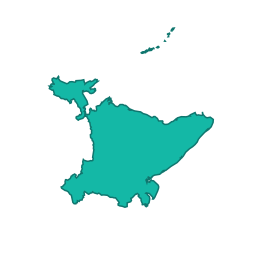 India, Albers equal-area conic projection, rotated 243°
{"feature_id": "IND", "entity_name": "India", "entity_type": "country or territory", "adm_level": 0, "iso_a3": "IND", "parent_name": "Asia", "parent_adm1": "", "projection": "albers", "projection_center": [83.514, 21.122], "detail": "fine", "context": "isolated", "style": "filled", "palette": "teal", "viewbox_px": 256, "rotation_deg": 243, "n_neighbors": 0, "source": "natural_earth", "source_scale": "50m", "svg_char_len": 5846}
<svg xmlns="http://www.w3.org/2000/svg" viewBox="0 0 256 256"><g transform="rotate(243 128 128)"><path d="M49.6,108.5L50.8,108.0L52.7,108.1L52.9,106.3L53.2,106.0L53.4,106.4L57.4,106.7L58.7,107.4L59.8,107.4L60.3,106.8L62.5,106.2L62.8,106.2L62.9,107.1L63.6,107.4L65.5,106.5L65.2,105.5L65.6,104.8L63.9,100.1L64.0,98.6L61.9,98.2L61.1,96.9L61.7,93.3L58.4,91.6L58.8,89.3L60.9,87.3L62.4,85.2L63.8,84.2L65.0,84.8L65.2,85.9L65.7,86.3L71.5,85.2L72.0,83.9L73.1,82.9L74.4,80.6L77.4,79.1L79.4,76.0L80.3,73.8L82.6,72.9L83.3,72.2L83.2,70.9L85.6,68.3L87.2,67.5L86.6,66.5L87.1,64.9L86.8,63.4L87.0,62.7L91.1,60.6L90.7,59.6L87.9,58.7L87.9,57.1L86.3,57.0L86.1,55.6L84.7,54.4L85.5,52.5L84.7,51.2L86.2,49.9L84.5,49.0L84.9,48.1L84.1,47.2L85.0,45.6L86.7,45.1L93.8,47.0L95.5,46.1L98.3,45.8L100.4,44.4L100.7,43.7L104.5,41.5L105.8,41.7L105.6,43.0L107.0,46.9L108.7,47.5L110.2,48.8L110.2,49.3L108.9,50.5L109.2,53.6L110.9,55.6L110.7,56.3L111.2,57.0L111.2,59.6L109.6,60.4L108.5,59.0L106.9,59.4L107.4,61.2L108.6,62.8L108.3,64.1L108.9,64.9L108.5,65.8L108.5,66.7L109.7,66.7L109.9,66.1L110.4,66.2L112.4,68.7L113.9,68.9L115.7,70.1L115.9,71.4L118.5,72.4L120.2,73.9L119.3,74.1L116.9,76.5L116.1,78.3L116.0,79.7L115.2,80.9L115.1,81.9L116.9,83.3L117.8,83.1L124.4,87.9L125.1,87.7L127.6,89.2L128.8,89.1L129.1,90.1L132.0,91.0L132.9,90.4L134.9,91.0L136.3,90.3L139.1,91.4L139.5,93.0L141.8,94.1L142.5,94.7L144.2,94.2L144.9,94.5L145.4,95.6L146.6,95.3L150.3,96.5L152.0,95.8L152.4,96.5L153.5,96.9L154.1,96.5L156.5,96.4L157.2,96.7L158.1,94.6L157.1,92.1L157.8,88.3L157.5,87.4L157.8,87.1L160.0,86.2L161.3,86.7L161.5,87.5L161.1,89.6L161.9,90.9L161.1,91.7L161.7,93.0L163.3,93.9L164.3,93.6L166.6,94.4L168.6,94.0L169.7,93.2L171.8,93.8L174.8,93.5L175.5,93.0L176.8,93.4L178.5,93.0L178.9,92.6L178.4,91.5L178.8,90.3L178.3,89.3L177.0,89.5L176.2,88.8L176.3,87.5L178.1,87.6L178.8,87.1L181.1,86.6L181.8,85.9L181.6,85.4L181.8,84.9L183.5,83.7L184.6,81.8L187.2,81.0L188.3,80.1L188.5,79.5L191.5,77.2L192.3,78.0L195.6,78.6L196.2,77.5L198.8,75.8L200.0,77.0L200.6,76.9L199.5,78.0L199.6,79.0L201.1,78.1L202.0,79.7L200.6,82.0L201.2,82.2L202.3,81.6L203.3,82.1L204.8,81.9L206.2,82.7L206.4,84.4L204.2,86.7L205.6,89.5L204.8,89.5L203.5,88.4L200.7,89.0L195.3,93.5L195.0,95.0L195.6,96.9L194.8,99.0L192.9,101.5L192.8,102.1L193.8,103.1L191.8,107.7L191.1,110.5L188.6,109.8L187.6,110.1L186.7,109.6L187.3,111.9L187.2,115.3L186.9,115.9L186.2,116.0L185.8,117.9L186.4,120.9L185.8,121.2L185.1,122.4L184.0,121.6L183.3,122.6L182.6,118.3L181.8,116.8L180.9,112.3L179.2,112.3L179.3,113.4L178.3,114.8L178.4,116.3L177.7,116.7L177.1,116.4L176.6,115.4L176.3,115.5L176.3,116.2L176.0,116.1L175.0,113.2L175.3,111.1L176.0,110.0L178.7,109.2L179.1,108.2L179.9,107.9L180.4,104.9L181.6,105.1L181.7,104.5L179.4,103.2L170.7,103.7L167.4,103.0L167.1,99.1L166.3,97.4L165.8,97.6L165.7,98.7L164.7,98.8L163.7,98.2L162.7,96.4L162.2,96.6L162.5,97.3L161.7,97.4L160.9,97.1L160.6,96.3L159.2,95.5L159.1,96.0L159.6,96.7L158.1,98.5L157.8,99.7L160.1,101.8L161.6,102.0L162.6,103.4L161.9,103.9L159.9,103.9L159.2,105.8L158.3,105.7L157.7,107.4L158.4,108.3L161.6,109.5L161.5,111.1L160.8,113.2L161.8,114.6L161.8,115.7L162.9,116.1L162.5,117.0L163.8,121.7L163.7,123.7L163.3,123.7L163.9,125.5L163.1,125.5L162.8,124.9L162.2,125.9L161.9,125.0L162.1,123.4L161.5,122.7L161.3,125.5L160.6,125.8L159.6,125.0L159.5,125.8L158.8,125.7L158.4,125.4L159.1,122.6L157.9,121.9L157.6,121.2L157.8,122.0L158.9,122.8L157.8,124.6L156.3,125.7L153.1,126.7L151.8,128.4L151.7,129.2L152.5,131.6L151.3,134.0L149.9,134.9L149.3,136.0L148.5,135.7L148.9,136.1L148.4,136.6L144.8,137.9L144.4,137.9L144.7,137.6L144.4,136.8L143.0,137.6L142.6,138.6L143.6,138.0L144.0,138.4L140.3,141.5L136.6,146.6L134.0,148.0L131.4,150.8L126.6,153.9L126.2,154.9L126.6,155.8L126.0,157.2L123.2,158.5L120.4,158.5L118.6,162.0L117.7,161.9L117.5,161.3L116.7,161.1L114.6,162.2L113.5,164.5L113.2,166.0L113.8,169.7L113.4,171.3L114.5,175.7L113.6,174.3L113.0,175.0L114.6,176.5L113.9,180.6L111.6,184.8L111.0,187.3L111.2,188.0L110.6,188.8L111.2,188.7L111.5,189.5L111.3,194.8L109.4,194.7L108.1,195.1L107.8,196.5L105.8,199.2L105.6,199.9L106.2,200.6L108.6,201.6L106.0,201.0L102.6,201.9L101.2,203.1L100.3,206.2L96.9,207.9L94.3,206.3L91.3,202.7L90.1,199.3L89.7,196.5L90.3,197.1L90.4,198.8L90.9,198.9L90.3,196.5L89.5,195.5L89.5,194.8L87.0,187.7L86.0,185.6L84.1,183.3L82.8,180.2L82.0,177.0L81.6,173.4L80.2,168.3L77.9,164.6L77.1,162.6L77.9,162.6L77.0,161.5L77.4,161.0L76.5,160.7L74.9,156.0L74.3,148.8L73.1,142.5L74.0,140.2L73.8,139.4L73.0,140.4L72.9,139.8L73.0,138.4L74.0,138.6L72.9,138.0L73.0,137.1L72.6,136.7L72.4,135.1L74.0,130.1L73.8,127.3L73.1,126.9L72.8,125.7L73.5,125.1L72.8,125.1L75.7,123.5L72.5,123.7L72.8,122.6L73.5,122.0L72.5,121.9L72.7,120.8L74.2,120.5L70.7,120.0L71.4,120.6L71.2,121.2L69.8,122.7L70.7,123.3L70.8,124.6L69.3,126.8L63.6,128.9L62.0,128.8L60.7,128.1L58.4,125.8L54.1,120.4L53.1,118.5L53.6,117.6L54.8,118.7L59.9,117.3L61.9,114.8L61.8,114.3L60.9,115.2L59.7,115.0L57.2,115.9L54.9,115.2L51.8,112.8L50.8,110.4L52.9,108.8L49.8,110.1L49.6,108.5ZM187.7,186.2L187.4,186.2L186.5,184.2L187.2,182.2L187.9,182.0L187.4,180.1L187.9,175.1L188.2,174.3L189.0,173.9L189.2,174.8L188.8,175.2L189.2,175.9L188.2,177.6L188.7,178.2L189.0,180.0L188.3,180.7L188.4,182.0L187.7,183.4L188.1,184.1L187.7,186.2ZM196.6,213.1L196.1,214.5L195.0,212.9L195.1,211.9L195.9,211.6L196.6,213.1ZM186.8,192.2L186.0,192.3L185.8,191.0L186.7,190.1L187.1,191.3L186.8,192.2ZM193.4,207.9L192.9,207.9L192.7,207.2L192.9,207.1L193.4,207.9ZM193.9,206.8L193.5,207.0L193.5,205.8L193.8,205.9L193.9,206.8ZM195.3,210.9L194.8,211.5L194.5,211.2L195.0,210.6L195.3,210.9ZM189.1,200.4L188.5,200.5L188.8,200.0L189.1,200.4ZM187.6,187.1L187.0,187.1L187.3,186.4L187.6,186.6L187.6,187.1ZM189.3,183.1L189.6,183.9L189.0,183.3L189.3,183.1ZM191.1,205.2L191.6,206.0L190.9,205.7L191.1,205.2ZM187.3,177.6L187.1,178.6L187.2,177.6L187.3,177.6Z" fill="#14b8a6" stroke="#0f766e" stroke-width="1.5"/></g></svg>